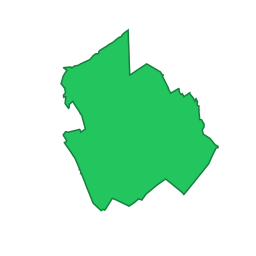 the district of Topraisar, Constanta, Romania, rotated 324°
{"feature_id": "2599482B45619773184208", "entity_name": "Topraisar", "entity_type": "district", "adm_level": 2, "iso_a3": "ROU", "parent_name": "Romania", "parent_adm1": "Constanta", "projection": "natural_earth1", "projection_center": [28.487, 44.028], "detail": "fine", "context": "isolated", "style": "filled", "palette": "green", "viewbox_px": 256, "rotation_deg": 324, "n_neighbors": 0, "source": "geoboundaries", "source_scale": "gbopen_adm2", "svg_char_len": 5281}
<svg xmlns="http://www.w3.org/2000/svg" viewBox="0 0 256 256"><g transform="rotate(324 128 128)"><path d="M71.8,95.4L71.7,95.5L71.5,95.8L71.4,96.1L71.3,96.5L71.1,101.6L71.1,101.9L70.9,102.2L70.7,102.4L70.5,102.6L70.2,102.6L69.8,102.6L67.9,102.5L67.7,107.2L67.8,107.4L67.5,117.4L67.4,117.5L67.3,121.7L66.7,124.1L66.3,125.7L66.3,126.1L64.8,132.3L64.7,132.4L64.8,132.4L63.7,136.6L63.0,137.0L63.5,137.4L61.1,147.2L60.9,147.5L59.4,153.3L56.3,165.7L56.1,166.2L56.0,166.3L55.9,166.9L55.7,168.4L55.8,169.5L56.2,171.4L56.8,174.6L57.7,179.1L60.1,179.2L60.2,179.4L60.5,180.3L60.6,180.6L60.8,180.7L61.0,180.6L61.3,180.6L62.0,180.5L63.9,179.8L65.0,179.3L66.2,178.8L71.2,176.8L72.4,176.3L73.0,176.1L73.5,175.9L74.0,175.8L74.2,176.0L75.4,178.1L75.6,178.2L82.9,191.8L89.2,192.1L94.0,191.6L94.4,191.3L96.1,193.1L96.4,193.5L96.8,194.4L103.1,192.3L104.0,192.1L105.3,192.0L117.6,191.2L118.0,191.2L125.7,191.3L128.4,191.3L128.5,191.6L130.6,199.1L134.1,212.7L134.0,213.2L134.0,213.5L134.1,213.9L134.1,214.6L134.8,214.5L135.5,214.3L137.9,213.7L142.4,212.5L143.8,212.1L149.2,210.7L154.3,209.3L156.3,208.7L160.2,207.7L164.5,206.5L167.8,205.6L170.7,204.8L171.4,204.6L171.7,204.5L172.0,204.5L172.3,204.3L173.8,203.5L174.8,202.9L177.7,201.2L179.9,200.0L181.2,199.3L181.9,198.9L186.0,196.8L186.4,196.5L186.8,196.3L187.0,196.2L187.3,196.2L187.6,196.1L187.9,196.2L188.4,196.4L189.3,196.8L189.5,196.8L189.6,196.5L189.7,196.3L189.8,195.7L189.9,195.2L189.2,193.9L188.7,193.2L188.7,192.9L188.6,191.5L188.5,190.3L188.3,186.4L188.2,184.5L187.3,182.4L185.4,177.6L185.3,177.4L186.8,173.4L187.0,173.3L187.1,173.2L187.3,173.1L189.6,172.1L189.8,172.1L191.8,169.7L192.3,164.6L191.4,163.4L190.9,163.2L191.4,162.4L192.0,161.6L192.2,161.2L192.7,160.4L193.0,160.0L193.2,159.7L193.4,159.4L193.5,159.2L193.8,158.8L194.0,158.4L194.1,158.1L194.2,157.9L194.3,157.7L194.4,157.4L194.5,157.2L194.7,156.9L194.9,156.7L195.0,156.5L195.2,156.3L195.4,156.0L195.7,155.6L195.9,155.4L196.2,155.0L196.3,154.9L196.4,154.7L196.4,154.3L196.5,154.2L196.8,153.8L197.2,153.3L197.6,152.9L197.7,152.6L197.9,152.4L198.2,152.0L198.4,151.8L198.8,151.7L198.3,151.6L197.9,151.4L197.7,150.8L197.6,150.3L197.7,149.7L197.8,149.4L198.3,148.9L199.1,148.3L199.6,147.7L199.8,147.2L199.7,146.7L199.9,146.2L199.9,145.9L200.0,145.4L200.2,144.4L200.3,144.2L200.2,144.2L200.0,144.3L199.9,144.5L199.5,144.8L199.1,145.1L198.5,145.5L198.0,145.7L198.1,145.4L198.2,145.0L198.2,144.9L198.2,144.7L198.2,144.4L198.1,144.2L198.1,143.9L198.4,142.8L198.4,140.0L198.3,139.8L198.2,137.0L198.2,136.8L198.3,136.7L198.7,135.8L196.3,135.7L194.8,135.7L193.2,135.6L192.0,135.5L191.6,135.5L192.1,132.2L190.6,132.1L190.6,130.9L190.7,129.4L191.4,127.5L192.0,127.1L192.2,126.5L192.2,126.2L191.9,126.3L191.7,125.8L183.0,124.9L183.7,120.1L183.8,119.8L184.0,119.8L184.3,118.5L186.3,106.1L186.8,106.1L187.5,106.0L187.6,105.9L186.9,104.0L187.0,103.2L187.2,101.9L187.0,101.2L186.5,100.2L184.9,96.4L183.9,94.2L183.6,93.4L182.6,91.1L181.1,87.7L180.6,87.0L180.4,87.0L179.1,87.0L170.3,86.6L170.1,86.6L160.6,86.3L160.5,86.2L162.1,83.8L163.2,82.3L166.9,76.7L167.6,75.6L167.9,75.3L168.7,74.0L170.5,71.4L171.2,70.4L171.8,69.4L172.2,68.9L172.7,68.1L173.5,66.9L173.8,66.5L174.0,66.2L174.5,65.4L175.3,64.3L177.1,61.6L177.5,61.0L178.3,59.8L178.7,59.2L179.1,58.6L180.5,56.5L181.7,54.7L182.5,53.6L183.1,52.7L184.0,51.3L185.5,49.0L185.6,48.9L185.3,48.9L184.8,48.9L183.9,48.8L180.8,48.9L179.0,49.1L178.6,49.1L178.2,49.3L176.3,50.1L176.2,50.1L175.8,50.0L174.0,49.4L173.8,49.4L171.0,49.5L169.5,49.6L168.8,49.7L167.2,49.8L165.2,49.8L164.7,49.6L163.8,49.6L163.5,49.6L163.2,49.6L162.6,49.3L161.6,49.3L161.1,49.3L160.7,49.2L160.1,49.3L159.7,49.3L158.9,49.2L158.7,49.3L158.4,49.4L158.2,49.4L157.6,49.2L156.1,49.0L154.9,49.0L154.2,48.9L151.0,48.7L150.4,48.7L150.0,48.8L149.8,48.9L149.4,49.1L148.9,49.6L148.5,50.0L148.0,50.2L147.8,50.3L147.4,50.3L146.8,50.4L146.6,50.3L146.5,50.0L146.3,49.6L146.0,49.3L145.8,49.1L145.6,49.0L144.5,49.0L142.3,49.0L142.0,49.0L141.6,49.2L141.0,49.4L140.1,49.6L139.3,49.8L138.8,50.0L138.4,50.1L138.2,50.1L137.7,50.1L136.9,50.1L135.6,49.9L134.6,49.7L132.6,49.3L131.6,49.1L131.3,49.1L130.9,48.9L130.6,48.8L129.6,48.7L129.0,48.7L128.5,48.6L127.9,48.4L127.2,48.2L126.7,48.2L125.9,48.2L125.3,48.1L124.7,48.0L124.2,47.8L123.4,47.5L122.6,47.2L121.7,46.7L121.4,46.5L121.1,46.4L120.6,46.4L118.9,46.4L117.9,46.4L117.8,46.1L117.8,45.7L117.7,45.7L117.4,44.9L115.7,43.8L113.6,42.8L113.0,42.2L112.0,41.7L111.4,41.4L111.3,41.5L112.5,45.3L111.4,45.8L111.1,45.9L110.8,46.0L106.6,47.7L106.1,47.9L105.8,48.2L105.1,48.7L102.2,51.0L99.9,52.8L100.0,52.9L100.0,58.0L100.4,58.3L99.5,60.0L98.2,62.6L98.0,62.8L97.4,63.0L96.4,63.2L95.5,63.4L95.2,63.5L94.9,63.7L94.8,63.8L94.7,64.1L94.5,64.4L94.5,64.5L94.1,64.9L94.1,65.4L95.2,65.5L95.4,65.6L95.6,65.6L96.1,66.1L96.1,66.3L95.9,66.4L95.7,66.5L95.2,67.1L94.8,67.4L94.1,68.3L93.2,69.3L92.5,70.1L91.8,70.9L91.7,71.0L91.5,71.3L91.4,71.4L91.4,71.5L91.5,71.8L91.4,77.1L92.1,77.1L94.4,74.5L94.5,74.4L98.8,74.0L99.1,74.0L98.9,74.5L98.5,79.4L98.5,79.8L98.3,86.2L98.2,86.5L98.2,87.9L97.9,87.9L97.9,88.0L97.9,91.0L96.5,94.4L95.0,98.4L93.8,101.6L92.9,103.8L87.4,103.6L87.7,102.7L87.9,102.3L88.1,100.7L87.8,100.6L77.5,96.4L77.0,96.1L76.9,96.1L76.1,95.2L75.3,94.3L75.1,94.4L74.4,94.6L72.5,95.2L72.2,95.3L71.9,95.5L71.8,95.4Z" fill="#22c55e" stroke="#15803d" stroke-width="1.5"/></g></svg>